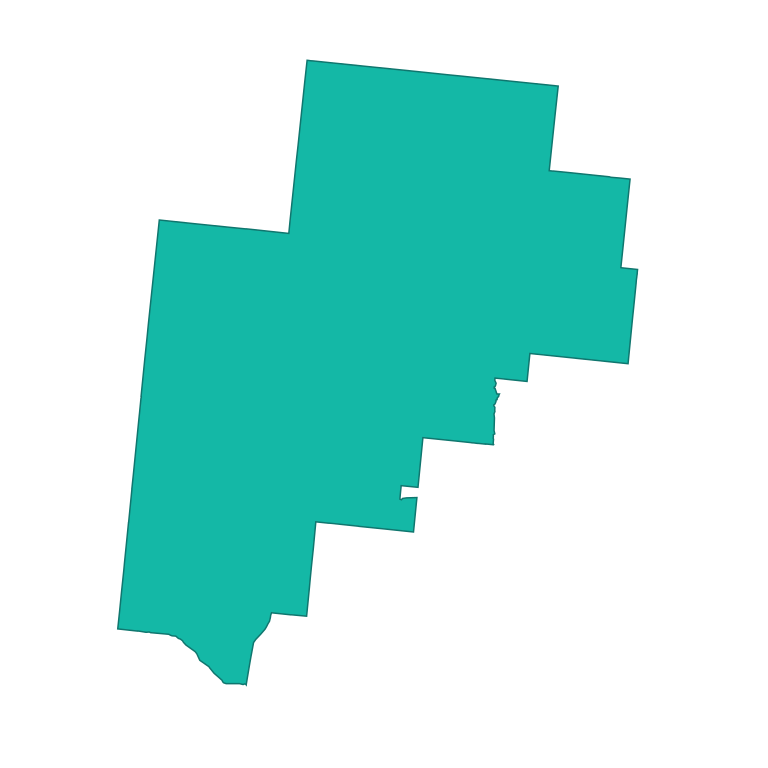 outline of Wudinna, South Australia, Australia, rotated 96°
{"feature_id": "25037944B74799247287960", "entity_name": "Wudinna", "entity_type": "district", "adm_level": 2, "iso_a3": "AUS", "parent_name": "Australia", "parent_adm1": "South Australia", "projection": "natural_earth1", "projection_center": [135.46, -32.977], "detail": "fine", "context": "isolated", "style": "filled", "palette": "teal", "viewbox_px": 768, "rotation_deg": 96, "n_neighbors": 0, "source": "geoboundaries", "source_scale": "gbopen_adm2", "svg_char_len": 3586}
<svg xmlns="http://www.w3.org/2000/svg" viewBox="0 0 768 768"><g transform="rotate(96 384 384)"><path d="M655.4,623.2L655.5,603.3L655.4,603.3L655.3,603.2L655.8,594.7L655.2,591.5L655.5,590.6L655.7,590.2L655.4,571.9L656.2,570.0L656.6,568.5L656.5,564.7L658.5,561.9L659.0,559.8L660.4,557.5L661.9,556.4L664.3,553.7L668.1,547.0L669.8,544.0L670.7,543.0L671.2,542.6L672.1,541.8L677.9,538.4L678.0,538.3L678.2,538.0L678.9,536.8L682.3,530.6L682.8,529.7L683.0,529.3L683.1,529.1L683.5,528.5L683.6,528.4L684.4,527.8L684.9,527.3L689.5,522.7L692.2,518.8L695.6,514.1L695.8,513.9L696.7,513.5L696.8,513.4L697.7,512.6L697.9,512.3L698.5,509.7L698.3,507.9L698.2,506.7L698.0,505.1L697.1,496.4L697.6,492.7L696.9,491.4L697.0,490.2L697.6,489.6L697.1,489.6L677.4,488.4L668.6,487.8L666.3,487.6L654.8,486.7L651.5,484.9L645.9,480.6L640.3,476.7L637.7,475.5L634.5,474.3L632.0,473.1L628.3,472.6L625.7,472.5L623.2,471.9L623.2,471.7L623.3,471.6L623.3,471.4L623.3,470.6L623.3,469.6L623.3,461.1L623.3,460.6L623.3,459.4L623.3,454.6L623.3,454.4L623.3,454.2L623.3,452.8L623.3,452.4L623.2,452.2L623.0,436.7L593.9,436.9L586.6,437.0L572.5,437.1L554.4,437.1L528.2,437.4L528.2,425.1L528.2,424.9L528.1,423.4L528.1,394.4L528.2,394.2L528.1,367.9L528.1,342.7L528.1,339.2L493.5,339.4L494.9,349.7L495.9,353.6L497.3,354.6L496.8,356.2L483.3,356.3L483.2,339.4L433.3,339.7L433.2,307.4L433.2,292.0L433.3,290.3L433.2,288.5L433.3,285.3L433.2,283.5L433.2,277.6L433.2,276.8L433.2,276.2L433.1,275.9L433.0,276.0L433.0,275.9L433.0,275.3L433.0,275.2L433.0,274.9L433.0,274.7L433.0,273.8L433.0,273.3L433.0,273.0L433.0,271.7L433.0,270.1L433.0,269.5L433.0,269.4L433.0,269.2L433.0,268.8L432.9,268.7L432.7,268.6L432.0,269.2L427.4,269.3L426.4,269.8L425.2,269.7L423.0,270.0L422.0,268.6L418.7,269.7L406.2,270.6L402.3,271.5L399.7,270.8L398.6,271.1L395.6,271.3L394.6,272.2L393.8,272.6L393.2,272.6L392.5,271.7L390.9,271.1L389.4,270.8L388.4,271.0L387.7,269.9L386.8,270.0L385.5,269.7L385.0,269.1L384.4,268.7L383.9,268.7L382.4,268.4L381.9,268.2L382.1,270.7L376.8,273.1L376.7,273.9L375.4,274.1L374.9,273.3L373.7,272.9L371.5,272.6L368.8,274.2L366.5,274.2L366.5,242.0L338.4,242.1L338.3,143.4L308.8,143.6L291.3,143.7L282.4,143.7L282.2,143.7L257.6,143.8L254.0,143.9L251.5,143.8L250.1,143.8L247.9,143.7L246.8,143.8L243.6,143.8L243.6,159.3L243.5,160.6L225.5,160.6L224.7,160.6L183.4,160.7L169.1,160.7L154.5,160.7L154.5,170.6L154.7,180.1L154.4,181.3L154.4,208.0L154.4,215.2L154.4,219.9L154.4,220.0L154.5,238.0L154.6,238.3L154.6,239.2L154.6,242.0L150.2,242.0L140.9,242.0L113.4,242.0L107.6,242.0L98.9,242.0L70.9,241.9L70.5,241.9L69.5,241.9L69.5,244.7L69.6,297.6L69.7,331.7L69.7,338.9L69.8,352.7L69.8,375.3L70.0,436.1L70.1,475.2L70.1,475.3L70.1,476.8L70.1,479.6L70.1,482.2L70.1,482.9L70.1,485.4L70.1,485.6L70.1,485.9L70.1,486.0L70.1,488.5L70.2,490.4L70.2,490.9L70.1,492.8L70.1,494.1L70.1,494.3L92.0,494.4L116.0,494.4L121.9,494.4L156.2,494.4L169.5,494.5L180.2,494.5L204.5,494.5L216.3,494.5L216.5,494.5L225.6,494.5L227.3,494.5L228.8,494.5L230.4,494.5L230.5,494.5L244.2,494.4L244.1,528.7L244.1,528.8L244.1,531.3L244.1,534.9L244.1,535.2L244.1,537.2L244.2,537.5L244.2,537.8L244.3,554.7L244.4,589.4L244.4,596.9L244.4,624.6L251.9,624.6L256.1,624.6L256.5,624.6L313.1,624.6L313.3,624.6L313.5,624.6L349.1,624.6L363.2,624.5L368.1,624.5L385.0,624.5L421.7,624.3L421.7,624.1L422.8,624.0L423.4,624.2L438.4,624.1L444.4,624.1L444.5,624.1L482.0,623.9L501.2,623.8L514.9,623.8L515.1,623.7L515.4,623.7L515.6,623.7L548.2,623.5L548.3,623.6L564.7,623.5L564.9,623.5L588.9,623.4L596.2,623.3L617.7,623.3L635.9,623.2L644.6,623.2L655.4,623.2Z" fill="#14b8a6" stroke="#0f766e" stroke-width="1.5"/></g></svg>